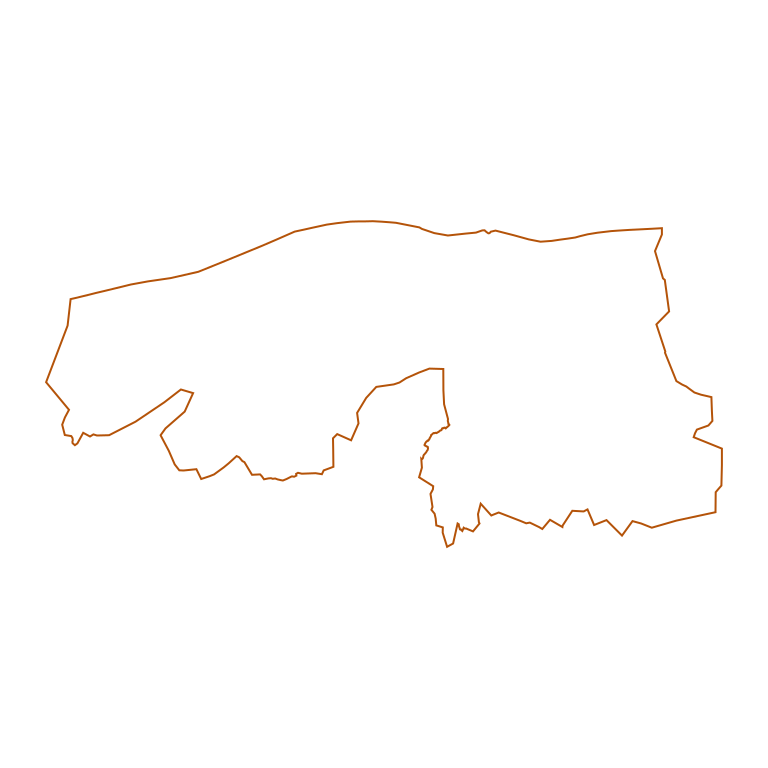 Yusufari, Yobe, Nigeria (Equal Earth projection)
{"feature_id": "59680162B61002782115608", "entity_name": "Yusufari", "entity_type": "district", "adm_level": 2, "iso_a3": "NGA", "parent_name": "Nigeria", "parent_adm1": "Yobe", "projection": "equal_earth", "projection_center": [10.863, 13.162], "detail": "fine", "context": "isolated", "style": "outline", "palette": "amber", "viewbox_px": 768, "rotation_deg": 0, "n_neighbors": 0, "source": "geoboundaries", "source_scale": "gbopen_adm2", "svg_char_len": 4424}
<svg xmlns="http://www.w3.org/2000/svg" viewBox="0 0 768 768"><path d="M90.0,436.5L93.4,434.4L97.0,435.5L109.1,435.2L135.5,421.7L164.3,402.3L180.9,389.5L193.1,393.1L184.7,411.6L165.5,428.4L160.6,435.2L160.6,435.3L168.8,450.8L174.7,464.4L179.3,470.3L183.6,470.5L196.4,469.2L201.2,479.0L205.7,477.5L209.6,476.2L214.1,474.4L223.7,467.4L228.7,463.3L236.6,456.1L238.6,457.0L239.2,457.3L242.4,461.1L244.4,462.1L252.0,474.8L260.1,474.4L261.8,476.2L264.0,479.3L268.4,478.4L271.0,478.2L272.7,478.8L275.2,478.5L277.6,479.4L281.1,480.2L282.9,480.5L286.6,479.0L291.5,476.5L292.3,476.4L293.2,476.6L294.2,476.7L296.4,475.6L296.1,473.9L298.0,472.8L301.8,473.7L315.6,473.2L321.9,474.2L323.7,470.4L333.4,466.8L333.2,449.6L333.0,438.3L337.2,434.1L351.1,440.3L358.5,423.4L357.1,412.9L366.2,397.9L376.3,386.9L391.0,384.8L393.8,384.4L397.1,383.3L399.5,382.5L406.2,378.2L419.1,372.5L429.4,368.6L443.3,369.0L443.4,390.3L444.1,404.3L448.0,419.0L447.9,420.0L447.8,420.7L447.9,421.4L448.2,422.5L448.4,423.3L448.3,423.8L448.5,424.2L448.8,424.2L449.1,424.4L449.4,424.9L449.3,425.1L449.0,425.3L448.3,426.2L448.0,426.4L447.5,426.7L447.1,427.2L446.6,427.4L446.2,427.9L445.9,428.3L445.6,428.4L445.3,428.0L444.9,427.7L444.2,427.7L443.9,427.8L443.7,428.1L443.3,428.3L442.9,428.3L442.4,428.2L442.1,428.5L441.9,429.0L441.6,429.5L441.5,430.0L441.1,430.3L440.5,430.5L440.1,430.6L439.8,430.8L439.4,431.2L439.0,431.5L438.7,431.9L438.1,432.2L437.5,432.3L437.2,432.7L436.9,432.9L436.5,433.1L436.1,433.0L435.8,432.8L435.4,432.8L434.8,433.1L434.4,433.2L434.1,433.0L433.8,433.0L433.4,433.2L433.1,433.4L432.8,433.6L432.6,433.9L432.2,434.2L432.0,434.4L431.8,434.7L431.3,434.9L431.1,435.1L431.1,435.4L431.0,435.8L430.9,436.2L430.7,436.6L430.4,436.9L430.2,437.4L429.9,437.8L429.7,438.1L429.7,438.5L429.6,438.8L429.2,439.1L429.0,439.6L428.7,440.1L428.4,440.5L428.1,440.3L427.9,440.4L427.6,440.5L427.4,440.7L427.2,441.1L427.0,441.3L426.5,441.5L426.3,441.8L425.9,442.2L425.6,442.7L425.3,443.1L425.1,443.6L424.9,444.1L424.6,444.6L424.5,445.0L424.6,445.3L424.9,445.5L425.2,445.7L425.4,445.8L425.7,445.8L425.9,445.9L426.3,446.3L426.6,446.5L427.0,446.6L427.3,446.6L427.7,446.8L427.9,447.3L427.9,447.9L428.0,448.5L427.8,449.3L427.7,449.9L427.4,450.3L426.9,450.9L426.6,451.5L426.2,452.2L425.7,452.9L425.3,453.2L424.9,453.8L424.4,454.3L424.1,454.6L423.8,454.9L423.7,455.3L423.4,455.8L423.3,456.6L423.1,457.4L422.9,458.1L422.7,458.5L422.4,458.8L422.1,459.1L421.6,459.1L421.3,458.8L421.9,467.7L419.1,477.3L433.2,486.2L432.9,489.4L430.5,493.9L432.5,507.0L431.4,509.8L434.6,513.7L435.7,518.7L436.3,525.4L442.8,527.4L442.7,532.7L447.1,546.8L453.1,543.5L457.6,523.5L458.8,524.3L458.7,524.7L459.1,526.6L459.6,528.0L459.8,528.7L459.9,529.3L460.0,529.4L460.1,529.5L460.5,529.6L461.0,529.5L461.3,529.9L461.5,530.3L462.3,531.0L462.9,529.7L463.7,527.7L465.0,528.6L466.1,528.5L473.0,531.4L479.5,523.5L478.9,522.2L478.0,514.1L480.7,503.7L491.3,515.5L493.2,514.7L498.7,512.5L520.4,520.9L522.1,521.6L526.2,523.3L529.8,522.6L539.1,527.1L542.3,529.0L550.0,519.8L562.4,527.0L562.6,525.6L572.3,510.8L583.0,511.4L583.8,511.4L584.1,511.2L587.5,509.4L594.1,525.0L606.5,520.1L622.0,535.6L632.5,521.1L641.2,523.5L651.8,527.7L676.4,520.6L715.5,512.2L715.7,492.2L718.5,488.9L721.4,485.6L721.9,465.0L721.9,448.6L693.7,437.2L695.0,433.3L696.9,429.6L708.4,425.5L712.4,420.9L711.9,411.1L711.4,397.1L701.0,394.7L694.4,392.5L689.2,388.7L686.3,386.5L682.2,384.6L676.4,381.1L665.0,352.7L665.3,351.5L656.4,324.4L669.1,311.4L664.8,279.9L663.0,278.4L655.0,251.1L661.9,234.5L661.9,228.2L653.1,228.7L637.5,229.5L629.4,229.9L618.3,230.6L611.2,231.1L597.6,232.7L587.7,234.3L579.9,236.2L575.3,237.5L567.2,238.7L560.4,239.6L551.7,240.9L540.5,241.7L528.8,239.4L513.6,235.2L495.5,230.6L490.8,231.7L490.0,232.7L489.3,233.2L488.3,233.3L486.7,232.2L485.5,231.2L484.6,230.3L482.3,230.4L476.0,232.6L465.5,233.6L447.9,235.5L434.3,233.1L421.9,228.9L419.4,227.4L396.0,222.8L390.1,222.3L382.0,221.7L372.9,221.2L364.6,221.4L359.0,221.4L350.7,221.6L342.7,222.5L336.7,223.2L333.2,223.7L326.8,224.6L320.4,226.0L316.7,226.8L312.1,227.8L303.6,229.7L294.7,231.6L276.0,239.8L261.8,245.9L225.0,261.0L198.3,271.8L170.6,278.1L147.9,281.4L130.9,284.5L122.0,286.7L104.7,290.9L96.2,292.9L88.7,294.8L75.1,298.1L70.6,299.1L67.6,325.6L46.1,382.2L67.5,408.0L69.0,409.8L64.9,417.5L62.2,424.7L64.8,435.0L71.3,436.1L72.5,438.1L72.8,440.1L72.4,441.8L72.6,443.2L74.9,445.2L77.4,443.4L83.2,432.8L90.0,436.5Z" fill="none" stroke="#b45309" stroke-width="2"/></svg>